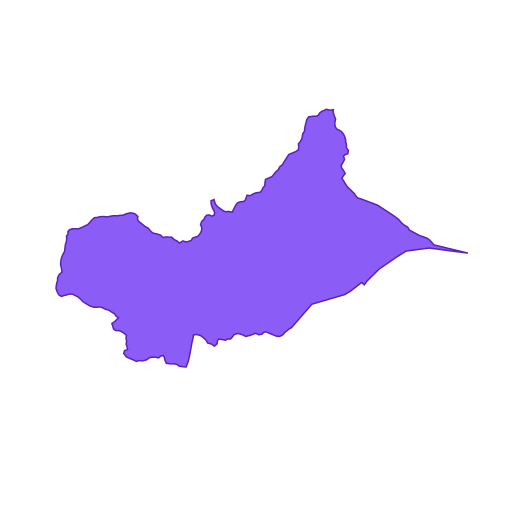 the district of Cícero Dantas, Bahia, Brazil, rotated 311°
{"feature_id": "56859067B8111110318306", "entity_name": "Cícero Dantas", "entity_type": "district", "adm_level": 2, "iso_a3": "BRA", "parent_name": "Brazil", "parent_adm1": "Bahia", "projection": "robinson", "projection_center": [-38.461, -10.521], "detail": "fine", "context": "isolated", "style": "filled", "palette": "violet", "viewbox_px": 512, "rotation_deg": 311, "n_neighbors": 0, "source": "geoboundaries", "source_scale": "gbopen_adm2", "svg_char_len": 3889}
<svg xmlns="http://www.w3.org/2000/svg" viewBox="0 0 512 512"><g transform="rotate(311 256 256)"><path d="M271.1,187.3L268.2,185.8L265.2,188.8L263.5,192.1L261.9,196.1L259.5,197.6L257.1,196.5L256.2,193.6L254.4,192.0L252.0,191.9L249.6,192.7L246.5,192.3L243.3,193.6L241.6,196.8L239.0,198.4L236.7,199.0L234.5,199.2L232.3,199.0L230.5,197.8L228.0,196.4L225.4,196.9L223.0,195.7L220.6,194.0L219.5,191.0L215.5,189.7L215.6,186.8L214.7,183.4L214.9,180.0L213.1,178.0L211.9,176.1L209.0,173.7L209.2,170.3L207.6,166.6L205.9,163.7L205.5,161.1L206.3,156.3L205.5,152.9L205.4,148.8L205.2,144.9L206.0,142.4L208.3,141.0L208.5,137.6L207.7,135.1L205.9,132.6L202.5,130.2L199.8,129.0L197.4,126.7L194.9,124.5L193.4,122.5L190.8,120.2L188.2,118.4L185.8,115.1L183.2,112.3L180.9,110.9L178.9,108.9L175.5,108.5L172.6,108.5L169.6,108.5L166.1,107.0L163.1,105.7L160.1,104.2L158.3,102.2L156.2,99.6L153.5,98.0L151.0,98.0L149.3,99.7L146.6,100.0L144.5,102.1L142.5,103.4L139.8,104.5L136.7,106.6L133.9,108.5L130.0,109.3L126.0,110.9L123.1,112.7L121.0,114.6L118.9,117.5L116.5,120.2L112.9,119.6L109.2,120.6L107.5,122.3L105.2,123.2L102.4,124.8L100.3,126.4L98.6,129.3L97.3,132.7L97.8,135.7L99.9,136.8L102.6,138.8L104.6,139.9L106.8,142.5L107.6,145.6L108.3,148.3L108.3,152.2L108.0,155.5L108.6,159.4L109.3,163.4L110.9,167.1L113.0,169.7L114.8,171.1L116.2,173.8L117.0,177.3L118.5,180.3L118.9,183.4L119.6,187.3L118.8,189.5L119.1,192.8L113.5,192.3L110.5,191.5L109.0,194.1L107.4,196.5L107.7,199.2L109.8,201.5L110.7,204.2L111.2,207.8L111.1,210.4L108.9,211.6L106.9,214.2L104.2,215.9L103.1,218.0L101.2,220.3L98.1,218.9L95.7,220.1L94.8,224.4L95.7,227.4L96.8,230.7L98.0,234.8L100.8,236.8L102.4,239.2L105.8,241.5L110.0,242.6L111.7,244.4L113.4,246.0L115.1,249.2L117.8,249.8L119.9,250.9L119.4,253.3L117.7,255.5L116.2,258.7L118.2,261.9L120.6,264.6L122.2,267.2L122.4,270.1L124.4,273.4L126.4,276.1L131.5,274.2L134.1,272.9L138.0,270.8L149.8,263.8L152.9,262.3L155.4,260.6L157.8,262.7L159.5,266.1L159.8,269.7L159.7,273.5L158.6,276.7L160.3,280.0L160.7,283.8L164.2,284.3L166.6,282.6L168.8,282.3L170.7,285.2L172.4,288.2L174.5,288.9L176.8,291.3L179.7,291.3L182.1,291.0L185.3,292.8L186.7,295.2L187.8,297.8L188.5,301.0L191.6,303.2L194.7,305.0L197.5,306.4L198.3,309.7L200.9,311.8L203.3,311.9L205.3,313.1L206.2,316.1L207.8,320.8L208.9,324.0L210.5,326.3L212.9,327.6L215.0,328.0L217.5,327.9L219.7,328.4L222.4,328.8L225.2,329.8L248.9,329.8L252.0,329.8L256.3,329.8L285.1,348.3L291.7,350.4L305.3,353.1L305.3,356.6L310.0,356.2L327.0,357.5L336.2,359.9L340.9,361.1L346.4,362.5L358.1,366.0L373.3,379.4L375.7,381.6L379.3,387.0L389.1,401.9L397.2,414.0L381.1,383.0L381.7,379.0L381.9,376.3L381.7,373.5L380.4,370.1L378.8,366.2L376.2,354.8L377.3,351.5L376.5,347.4L376.5,343.6L377.2,339.5L376.6,332.4L374.1,314.3L367.9,297.6L366.5,294.7L366.8,292.2L367.6,289.4L367.9,285.0L368.2,279.1L371.1,269.8L374.0,269.3L376.8,269.2L378.1,265.5L378.7,262.6L380.5,260.8L383.7,260.3L387.1,259.4L388.8,256.4L390.9,256.8L393.4,258.2L396.2,256.5L397.0,253.3L399.6,251.0L400.8,249.0L402.7,247.2L404.2,244.8L405.4,242.1L405.9,239.1L405.6,236.5L404.8,233.6L405.6,230.9L408.0,228.2L411.5,226.3L413.5,222.5L415.4,219.6L417.2,218.4L414.5,216.0L412.8,212.7L410.7,212.0L408.5,210.8L405.6,210.2L402.8,210.7L400.7,209.5L398.9,207.3L395.5,204.4L392.3,204.8L389.6,206.2L386.4,207.8L384.1,209.1L382.1,210.7L378.8,211.1L375.4,213.3L371.6,214.4L368.5,214.4L365.9,217.1L363.8,218.2L360.9,217.5L357.2,215.7L354.3,214.2L352.1,214.4L349.3,214.9L346.3,215.3L342.3,216.0L338.8,215.4L335.7,216.2L332.3,215.7L329.5,215.9L326.5,216.0L323.0,214.4L320.1,212.9L317.0,214.8L314.8,216.5L311.9,216.5L309.7,217.3L307.0,217.4L303.5,214.4L300.5,212.9L297.7,212.1L296.1,209.4L293.4,210.4L290.8,211.3L288.7,210.7L286.6,208.5L283.8,207.2L280.6,207.4L278.0,208.1L275.5,208.7L273.4,209.3L271.8,206.3L269.2,203.7L268.6,201.0L268.4,198.5L268.0,194.4L268.6,191.1L271.1,187.3Z" fill="#8b5cf6" stroke="#5b21b6" stroke-width="1.5"/></g></svg>